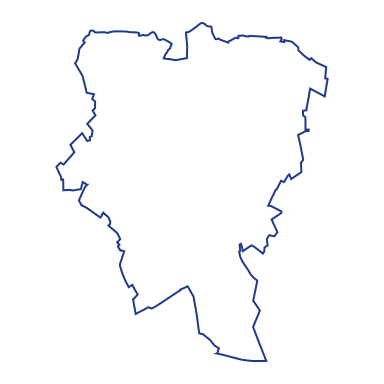 the district of Tu Son, Bắc Ninh, Vietnam
{"feature_id": "81297802B85996690558528", "entity_name": "Tu Son", "entity_type": "district", "adm_level": 2, "iso_a3": "VNM", "parent_name": "Vietnam", "parent_adm1": "Bắc Ninh", "projection": "natural_earth1", "projection_center": [105.957, 21.118], "detail": "fine", "context": "isolated", "style": "outline", "palette": "blue", "viewbox_px": 384, "rotation_deg": 0, "n_neighbors": 0, "source": "geoboundaries", "source_scale": "gbopen_adm2", "svg_char_len": 4903}
<svg xmlns="http://www.w3.org/2000/svg" viewBox="0 0 384 384"><path d="M63.3,186.7L63.4,190.3L68.8,189.9L69.7,189.9L72.8,190.5L74.5,190.1L80.8,189.2L82.8,182.1L83.5,182.5L85.9,183.9L86.0,184.2L86.2,184.6L86.4,184.8L87.1,184.8L85.6,186.3L84.3,188.4L79.8,198.4L79.0,200.1L78.9,200.4L79.1,200.8L80.7,203.6L81.3,204.5L81.3,205.1L84.3,206.6L86.4,207.7L86.9,208.0L90.7,210.7L95.9,214.4L100.4,217.5L101.0,216.9L101.8,215.4L101.9,214.3L102.3,213.8L102.8,213.4L103.5,212.6L104.3,213.9L104.8,214.4L105.3,214.5L105.5,214.7L106.3,215.4L107.4,216.3L108.5,217.6L109.0,218.1L109.1,218.9L109.7,220.3L110.1,221.1L110.3,221.9L110.2,222.9L109.9,224.3L109.5,224.5L108.8,225.0L108.4,225.5L112.2,228.8L117.0,232.9L117.6,233.7L118.9,236.4L120.2,239.1L117.2,242.4L119.4,244.8L118.1,246.1L118.0,246.7L120.5,250.7L121.2,250.3L124.2,251.3L121.8,258.6L120.3,263.1L120.0,264.2L119.8,265.1L122.1,272.8L125.0,280.0L128.8,287.2L132.3,284.9L134.9,289.8L137.7,294.5L135.0,297.5L133.9,298.7L133.0,299.1L135.7,313.9L139.0,312.2L144.4,309.4L148.4,307.2L149.6,307.8L151.8,308.5L152.0,308.4L154.6,307.0L155.7,306.4L165.4,300.1L176.7,292.5L180.3,290.3L180.3,289.6L181.0,289.2L181.4,289.2L182.1,288.9L183.7,288.1L183.8,288.1L187.3,286.5L187.5,286.3L187.9,286.8L188.0,286.9L193.5,296.5L196.6,313.9L199.2,333.3L203.6,334.5L205.1,336.0L209.1,339.2L210.7,340.6L214.1,345.1L215.2,346.0L218.9,348.3L217.4,352.9L217.3,353.3L216.8,353.5L220.0,354.1L241.3,359.6L246.6,360.4L253.0,361.0L266.3,361.0L257.8,339.4L253.1,327.0L259.9,310.5L253.7,301.4L253.2,300.8L256.3,285.7L256.8,283.1L257.2,280.5L254.0,278.1L250.7,274.5L247.9,269.6L245.0,265.4L242.1,261.0L240.3,257.0L239.6,254.1L239.2,251.6L240.2,251.1L239.6,244.6L240.9,243.8L241.9,246.7L242.9,251.1L251.5,245.3L254.8,247.2L260.9,251.9L262.7,253.6L264.2,251.6L264.6,247.4L267.6,245.4L266.9,239.5L267.2,238.1L269.3,235.2L274.3,236.3L275.9,234.2L277.4,232.2L271.6,219.5L281.3,213.0L281.4,211.4L271.0,206.0L268.2,205.7L272.6,196.2L275.7,189.9L276.8,189.2L281.1,180.7L284.0,182.1L287.6,176.0L289.3,174.4L291.2,179.1L293.4,177.5L301.4,172.0L300.9,162.8L303.2,159.9L302.0,153.5L299.9,142.8L298.1,135.0L305.4,131.3L308.7,130.9L308.6,129.5L305.5,129.7L305.4,117.3L303.1,115.4L303.0,112.2L303.0,110.8L306.4,110.3L306.5,108.9L308.8,96.5L309.8,90.2L310.0,90.1L310.2,88.6L324.7,96.4L327.2,81.4L327.6,78.8L325.2,78.3L326.2,67.1L316.2,62.5L311.2,58.2L309.6,59.9L303.6,55.3L298.7,50.5L298.3,50.0L298.3,47.5L297.3,46.5L292.2,41.9L290.9,41.5L284.1,40.2L284.3,42.0L280.4,41.5L281.7,38.3L281.0,37.5L280.7,37.5L280.4,37.5L278.8,37.7L277.5,37.8L275.9,37.8L274.9,37.8L274.1,37.9L273.4,37.8L272.3,38.0L271.5,38.0L270.7,38.0L269.5,38.2L269.1,38.3L268.4,38.2L267.4,38.2L267.4,37.9L267.2,37.7L266.3,37.7L265.8,37.6L266.1,36.8L265.0,36.8L264.1,36.8L262.6,36.6L259.8,36.5L257.7,36.3L256.4,36.3L255.5,36.1L254.9,36.1L254.6,36.2L254.1,36.2L251.4,36.0L250.9,35.9L249.5,35.9L249.3,36.0L249.1,36.1L249.1,36.4L249.0,36.5L248.8,36.5L248.0,36.4L246.9,36.4L246.0,36.4L245.5,36.2L244.7,36.0L244.3,36.0L244.2,35.8L244.0,35.6L242.8,35.5L242.5,35.5L241.8,35.5L241.3,35.6L241.0,35.7L240.7,35.7L239.7,35.8L239.3,35.8L238.7,35.8L238.4,35.9L238.4,37.3L238.4,37.9L238.3,38.2L237.1,38.2L236.8,38.0L236.0,37.8L235.3,37.8L234.8,38.1L233.0,39.2L232.6,39.3L231.3,40.2L228.7,41.3L228.3,42.6L220.1,39.6L218.5,38.5L217.8,38.9L216.6,39.2L215.7,39.2L215.0,38.4L214.4,37.1L213.2,34.9L212.4,32.9L211.9,30.8L211.7,28.1L211.4,26.9L210.9,26.5L209.8,26.5L207.9,26.3L206.7,25.9L204.7,24.0L203.9,23.6L203.1,23.1L201.9,23.0L200.7,23.4L199.6,24.1L195.2,27.6L190.3,31.0L188.5,32.1L186.0,32.4L186.1,34.3L187.2,45.9L187.2,48.2L186.9,58.1L177.2,59.9L175.7,60.2L175.0,60.1L170.1,59.2L165.5,58.7L163.7,58.4L165.4,54.4L166.0,53.6L167.2,52.1L168.0,50.2L168.4,49.6L168.9,49.4L169.9,48.7L170.3,47.7L170.8,45.8L171.2,45.0L171.7,44.0L169.7,42.4L168.5,41.7L164.1,39.3L162.8,39.2L160.6,39.9L159.2,39.9L158.2,39.5L157.2,38.1L155.8,34.6L154.5,32.9L153.4,32.1L152.1,32.3L150.2,33.4L149.0,34.5L148.1,35.1L146.1,35.4L144.8,35.4L143.0,35.0L140.4,35.6L139.2,35.8L138.8,35.4L138.8,34.8L139.0,33.7L139.0,33.2L138.6,32.9L136.9,32.5L134.5,32.3L130.4,32.2L128.6,32.0L127.1,31.6L126.9,31.6L126.4,31.5L124.8,31.5L122.2,31.4L118.2,31.4L115.7,31.4L113.8,31.4L111.0,31.9L109.2,32.3L108.4,32.8L107.1,32.9L104.8,32.3L104.2,32.2L95.6,32.5L94.6,32.1L94.1,31.3L93.7,30.9L92.9,30.7L92.0,30.6L90.8,30.6L90.2,31.0L89.6,32.2L89.3,34.2L89.0,34.8L88.4,35.3L86.0,36.6L85.0,37.8L83.1,40.8L84.7,42.5L83.9,43.5L79.6,48.5L79.2,49.9L78.9,52.4L77.6,59.0L76.6,61.2L75.1,63.2L77.4,67.2L82.4,75.7L82.8,76.8L86.4,91.4L86.8,92.8L94.0,94.2L92.2,99.0L95.1,101.5L95.1,104.8L94.9,104.8L95.0,106.5L95.1,108.1L92.6,110.5L95.5,115.3L87.2,123.8L92.6,130.5L91.7,136.2L89.8,137.1L90.0,140.3L87.2,141.0L82.2,133.2L79.4,135.9L73.7,141.6L70.4,144.8L74.3,152.2L70.0,157.3L67.4,160.2L63.6,164.5L60.4,162.7L56.4,166.9L59.3,173.3L61.0,176.7L61.3,179.8L63.1,179.5L63.2,180.9L63.3,186.7Z" fill="none" stroke="#1e3a8a" stroke-width="2"/></svg>